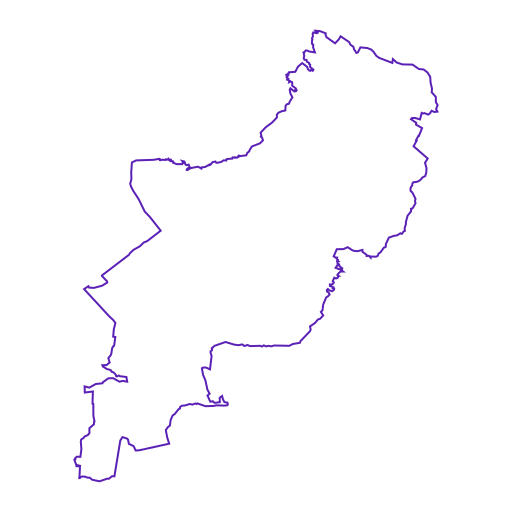 Vitomiresti, Olt, Romania (Natural Earth projection)
{"feature_id": "2599482B1675604721620", "entity_name": "Vitomiresti", "entity_type": "district", "adm_level": 2, "iso_a3": "ROU", "parent_name": "Romania", "parent_adm1": "Olt", "projection": "natural_earth1", "projection_center": [24.373, 44.847], "detail": "fine", "context": "isolated", "style": "outline", "palette": "violet", "viewbox_px": 512, "rotation_deg": 0, "n_neighbors": 0, "source": "geoboundaries", "source_scale": "gbopen_adm2", "svg_char_len": 5969}
<svg xmlns="http://www.w3.org/2000/svg" viewBox="0 0 512 512"><path d="M169.2,443.7L167.2,437.4L165.8,430.1L167.9,427.1L169.9,425.6L170.6,420.1L172.6,415.5L174.6,414.2L178.6,409.2L179.9,408.6L180.0,407.2L181.6,405.8L185.3,405.4L189.8,404.0L192.5,404.6L195.2,403.5L196.7,404.0L197.3,403.4L205.5,406.2L214.1,405.9L216.0,405.3L224.6,405.6L227.3,405.3L227.8,404.5L227.5,402.7L224.4,402.1L222.9,399.2L222.1,396.0L219.7,397.8L219.8,402.2L215.3,402.8L213.7,402.4L212.8,401.2L210.3,401.7L207.5,395.5L209.6,393.7L207.4,389.6L205.4,380.3L203.1,375.0L201.9,368.3L202.9,367.6L205.9,367.5L210.0,369.4L211.6,355.9L210.6,352.8L210.6,351.2L211.9,350.4L212.2,348.7L211.8,348.2L214.6,345.8L225.5,342.0L234.1,344.6L238.6,345.2L242.1,344.4L244.5,346.0L247.5,345.0L250.0,346.1L260.1,345.8L262.0,346.5L263.8,345.4L266.1,346.4L268.5,345.8L271.1,346.3L274.2,345.5L289.4,345.8L292.8,344.0L299.9,342.8L300.5,341.1L310.1,331.1L310.6,329.4L310.0,326.4L315.1,322.9L317.8,319.6L320.2,318.7L323.2,315.4L320.9,311.9L322.5,310.3L323.2,304.5L326.2,297.4L328.1,296.2L329.6,294.5L328.6,292.5L327.0,291.5L326.9,290.0L327.9,289.0L329.3,290.3L332.1,291.2L334.0,289.7L334.2,289.1L333.4,288.6L334.0,288.4L333.6,287.4L329.9,285.9L329.9,284.4L332.3,284.4L333.2,283.5L333.8,282.3L332.7,281.2L334.3,277.7L336.0,278.5L337.9,277.6L338.0,276.0L338.8,275.9L337.4,274.9L338.7,273.1L340.7,271.5L343.1,271.5L341.3,270.1L341.9,269.8L342.3,268.3L340.2,266.8L340.9,268.4L340.0,269.5L335.6,267.8L337.1,265.6L339.4,265.4L339.0,264.3L336.8,263.3L337.7,263.3L337.2,261.6L338.2,261.4L337.2,260.7L337.9,259.9L336.6,258.6L337.0,257.6L335.5,257.5L333.7,256.4L336.8,249.2L343.4,249.1L347.7,247.2L352.4,250.3L354.3,250.9L357.6,251.2L362.4,249.9L362.6,251.9L366.6,254.8L366.6,256.0L369.0,255.8L370.7,257.7L370.9,256.5L376.0,256.7L377.8,255.8L378.5,253.6L380.5,252.3L383.8,247.7L385.7,246.9L385.9,243.9L388.9,237.6L394.1,235.8L397.3,235.3L400.3,233.3L401.8,233.9L403.6,231.5L404.9,230.9L404.6,228.3L406.0,223.8L405.8,222.3L407.6,215.7L411.1,211.3L411.0,208.8L412.0,208.7L413.0,207.6L415.5,203.3L415.0,201.0L415.5,198.8L412.3,192.4L410.7,191.1L410.4,188.8L411.1,186.9L412.2,185.5L412.2,184.1L413.1,182.4L417.3,181.7L419.2,180.8L421.3,179.1L422.1,177.7L425.3,176.0L426.3,172.2L426.5,168.0L425.0,162.8L427.7,158.5L413.6,146.3L416.7,140.5L416.0,140.2L418.5,135.7L418.9,135.9L422.1,128.1L416.0,124.6L416.2,122.8L411.0,119.2L411.9,118.1L414.7,117.9L420.0,119.4L421.7,112.9L422.9,113.5L424.4,113.1L428.1,114.6L429.8,113.5L431.6,110.8L434.4,112.0L437.4,111.6L436.1,109.2L437.6,104.9L435.9,102.3L435.8,96.9L431.7,92.3L432.0,88.7L430.6,82.7L430.2,76.8L427.4,72.4L423.7,69.5L418.9,69.0L412.5,64.6L402.4,64.4L396.8,62.6L392.9,59.1L392.3,62.9L379.2,57.9L376.3,55.8L373.4,51.6L371.1,49.5L367.1,48.0L360.4,47.4L357.8,52.5L356.4,52.9L354.0,49.2L353.4,46.8L350.3,44.6L349.2,42.1L340.6,36.3L338.7,39.5L335.1,43.3L326.5,37.2L325.5,34.7L325.7,33.3L319.9,31.1L315.3,30.7L315.6,31.2L317.5,31.5L317.8,32.7L316.4,33.2L313.3,32.4L312.7,33.5L312.9,36.4L311.9,38.7L312.4,39.5L311.9,41.2L312.1,44.0L313.2,44.6L313.1,47.3L314.9,52.4L309.3,51.5L306.7,50.4L305.5,50.6L304.9,51.7L303.6,52.4L304.1,52.9L303.8,54.1L304.3,55.7L303.7,58.1L304.5,59.8L306.5,59.9L306.9,61.7L309.2,63.0L309.2,64.0L310.2,64.8L310.0,66.8L313.4,69.7L312.7,70.8L311.2,69.7L310.4,70.8L309.3,70.5L307.9,69.1L307.2,66.9L302.2,63.1L298.0,66.6L295.3,71.8L288.8,72.3L288.4,73.2L288.7,73.7L287.5,74.2L287.6,74.8L285.5,74.7L287.8,75.7L286.9,76.4L287.2,76.9L286.7,77.5L288.2,78.7L286.4,79.9L288.3,79.6L288.9,80.8L289.6,80.9L289.2,82.2L290.4,81.6L291.7,81.9L292.2,82.4L292.2,85.7L295.8,88.4L296.5,90.1L295.3,90.2L295.7,91.2L294.4,91.5L290.4,88.3L289.7,89.8L290.4,93.5L292.4,97.4L289.8,101.5L289.0,103.7L287.0,104.2L285.6,105.6L285.3,110.5L281.8,111.2L278.3,112.8L276.8,114.9L277.0,117.1L276.1,118.4L271.8,122.8L265.8,127.2L260.6,132.7L261.3,135.4L260.8,136.6L261.9,137.2L263.0,140.3L260.0,143.3L251.9,146.5L249.4,150.4L249.3,151.3L247.3,152.9L246.3,155.3L240.2,156.1L238.9,155.5L238.6,155.8L239.2,156.0L238.8,156.7L236.7,157.8L235.1,157.2L234.9,157.7L232.6,157.4L232.3,158.6L227.1,159.0L226.4,159.4L226.3,160.5L223.7,160.3L221.2,161.9L218.5,162.6L216.4,162.8L215.3,161.5L212.5,162.2L210.5,164.7L209.5,165.1L209.4,164.6L205.1,167.0L201.6,167.4L201.4,168.6L198.1,166.7L190.7,168.1L187.3,170.1L186.7,169.9L187.0,169.0L189.7,167.0L188.6,164.6L186.8,165.2L185.5,164.6L184.4,161.5L182.3,161.0L183.9,163.0L182.6,162.9L182.2,164.1L176.6,164.1L173.1,162.7L173.3,161.9L172.7,161.1L170.8,161.1L170.9,159.7L170.0,159.5L169.4,160.2L168.4,158.9L168.1,159.7L165.9,159.3L165.6,160.0L162.4,159.7L160.7,160.2L159.8,160.1L159.7,158.9L159.3,158.8L154.0,159.8L136.1,160.4L131.9,162.5L131.2,172.7L131.4,179.1L130.2,183.7L130.9,186.3L133.4,191.1L138.7,199.2L144.7,211.5L150.0,217.1L160.7,230.7L147.2,241.1L143.8,242.5L139.7,246.4L133.7,249.7L129.9,253.2L129.0,254.8L102.0,275.4L102.0,276.0L107.1,281.4L107.2,282.6L101.9,285.8L93.8,287.9L89.1,287.6L88.4,286.2L84.1,289.1L109.0,316.1L113.5,320.3L115.4,323.0L113.8,329.3L113.2,336.7L115.3,337.0L114.1,345.8L113.1,346.4L112.1,348.4L111.3,353.7L110.6,355.4L108.4,358.1L109.6,362.5L106.5,365.1L102.4,365.2L102.9,366.5L106.8,369.0L110.6,370.0L111.6,371.7L113.2,372.2L114.5,373.3L115.8,374.8L116.2,376.3L117.1,376.4L118.8,375.5L119.9,376.2L126.4,377.0L127.2,381.7L122.7,380.9L119.5,381.7L113.2,378.2L108.4,378.3L103.2,382.0L102.4,383.3L95.8,384.0L89.3,387.6L84.6,386.4L84.8,392.5L92.9,391.5L92.5,403.7L93.3,403.9L93.4,415.9L94.5,421.5L94.0,422.0L93.9,424.3L89.4,428.2L89.4,433.3L87.7,435.1L84.6,436.5L83.4,438.1L81.2,439.5L80.8,441.8L81.4,449.1L80.4,456.8L76.8,456.7L75.0,458.4L75.3,459.4L74.4,459.8L76.2,464.8L77.7,465.2L76.6,465.5L76.5,466.2L80.0,466.3L79.5,476.7L79.2,477.9L78.4,478.2L79.7,478.1L79.7,477.5L82.0,476.5L85.2,476.7L87.6,477.7L89.7,477.7L92.1,479.7L99.5,481.3L107.5,478.6L108.8,478.8L112.1,476.2L114.4,476.3L120.3,440.5L122.5,437.1L127.1,438.6L128.0,439.6L128.9,443.9L133.6,446.1L135.7,450.5L139.1,450.3L169.2,443.7Z" fill="none" stroke="#5b21b6" stroke-width="2"/></svg>